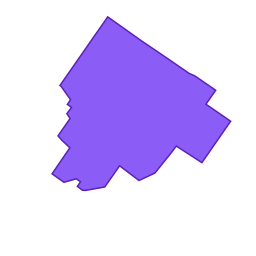 Bibb, Alabama, United States of America (Equal Earth projection), rotated 215°
{"feature_id": "52423323B3928006362996", "entity_name": "Bibb", "entity_type": "district", "adm_level": 2, "iso_a3": "USA", "parent_name": "United States of America", "parent_adm1": "Alabama", "projection": "equal_earth", "projection_center": [-87.112, 33.039], "detail": "fine", "context": "isolated", "style": "filled", "palette": "violet", "viewbox_px": 256, "rotation_deg": 215, "n_neighbors": 0, "source": "geoboundaries", "source_scale": "gbopen_adm2", "svg_char_len": 580}
<svg xmlns="http://www.w3.org/2000/svg" viewBox="0 0 256 256"><g transform="rotate(215 128 128)"><path d="M47.6,142.0L47.8,192.4L77.8,192.2L77.8,209.2L103.1,209.0L109.3,207.8L142.9,207.5L166.2,207.1L208.4,207.4L208.3,202.8L208.3,181.7L208.1,123.8L206.8,123.8L191.3,118.2L191.2,112.5L186.1,112.5L186.3,104.7L180.9,102.6L180.8,81.4L175.1,80.0L164.3,78.5L163.9,46.9L152.5,46.8L149.3,46.8L141.2,56.7L136.1,56.7L136.0,51.1L129.6,50.9L127.1,52.4L113.2,66.4L113.2,92.2L88.9,91.3L80.1,106.5L78.3,133.7L78.1,140.9L47.6,142.0Z" fill="#8b5cf6" stroke="#5b21b6" stroke-width="1.5"/></g></svg>